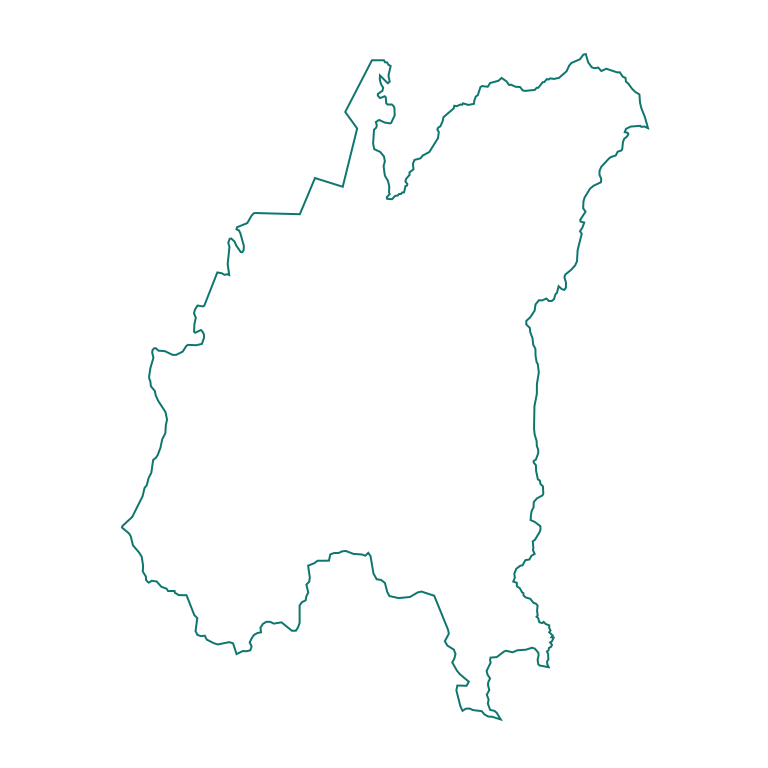 outline of Machadinho D'Oeste, Rondônia, Brazil, rotated 181°
{"feature_id": "56859067B12494646191550", "entity_name": "Machadinho D'Oeste", "entity_type": "district", "adm_level": 2, "iso_a3": "BRA", "parent_name": "Brazil", "parent_adm1": "Rondônia", "projection": "robinson", "projection_center": [-62.078, -9.19], "detail": "fine", "context": "isolated", "style": "outline", "palette": "teal", "viewbox_px": 768, "rotation_deg": 181, "n_neighbors": 0, "source": "geoboundaries", "source_scale": "gbopen_adm2", "svg_char_len": 6138}
<svg xmlns="http://www.w3.org/2000/svg" viewBox="0 0 768 768"><g transform="rotate(181 384 384)"><path d="M188.0,717.4L190.4,716.8L193.8,712.1L202.3,708.2L204.4,705.6L206.9,699.9L214.4,693.1L219.5,692.0L223.1,692.5L224.8,691.3L226.5,691.7L229.1,688.6L230.6,688.5L234.9,682.9L236.6,682.8L238.3,680.7L248.1,679.5L250.5,680.0L253.1,683.3L257.7,683.5L262.3,685.5L264.1,685.1L266.8,688.7L271.8,692.1L274.8,689.2L283.1,686.8L285.5,683.0L291.2,683.6L292.8,682.5L295.2,674.5L297.2,673.0L298.6,669.2L298.9,665.7L304.5,664.5L309.9,666.0L310.6,664.6L312.3,664.8L316.0,663.1L318.6,663.4L319.1,660.8L329.2,651.8L329.8,648.2L332.1,642.6L334.3,641.3L335.1,639.3L333.6,636.9L334.3,630.8L342.7,616.8L349.3,613.1L351.4,610.3L357.4,608.6L358.9,604.7L358.3,599.1L362.2,596.1L362.1,593.5L365.3,589.8L366.2,586.9L364.1,584.3L364.5,582.8L366.0,582.2L367.3,575.9L369.2,575.8L370.3,574.3L372.4,574.2L373.5,572.7L376.1,572.3L379.2,568.9L384.1,569.2L384.5,570.8L381.6,574.0L382.3,575.7L382.2,581.5L383.5,586.9L386.7,592.3L387.2,594.9L388.2,602.1L387.0,606.5L388.0,611.5L391.9,616.0L397.8,618.6L399.1,624.1L398.4,638.1L396.2,640.2L395.7,642.5L396.7,645.8L393.5,647.9L387.7,645.4L382.8,644.7L381.4,645.2L378.0,652.8L378.4,660.3L379.5,662.3L381.1,663.6L385.3,663.5L386.7,664.8L387.2,670.6L388.3,671.7L392.9,669.8L395.2,672.2L395.2,673.9L390.7,677.1L390.0,680.2L392.2,683.7L393.5,688.2L393.4,692.4L385.5,684.8L383.6,686.3L384.9,692.5L382.9,702.1L385.2,703.3L386.6,705.6L388.6,705.7L389.7,707.7L401.7,707.5L427.5,655.3L415.3,639.0L428.7,580.5L456.6,588.7L471.1,552.3L516.0,552.7L517.4,552.3L519.5,549.8L523.5,542.5L533.6,538.2L534.2,536.1L531.8,535.1L530.4,532.6L526.5,519.6L526.7,515.3L528.0,513.3L529.5,513.4L534.1,519.8L535.9,523.8L539.3,526.8L540.8,526.5L542.2,522.4L540.9,518.4L542.4,501.2L540.7,490.3L542.5,491.0L545.4,490.4L548.4,492.0L552.6,492.6L565.1,459.1L566.5,458.4L571.8,459.2L574.3,455.2L575.2,451.4L573.3,446.9L574.6,440.6L574.8,432.8L573.6,432.0L568.0,434.8L565.9,432.6L564.9,430.2L564.8,426.9L566.8,420.9L572.4,419.5L580.8,419.7L582.5,418.3L585.8,412.9L592.3,409.5L595.8,409.4L603.6,413.0L610.1,413.4L612.8,415.8L614.4,415.7L615.9,414.1L616.4,411.8L615.0,406.2L617.8,396.0L619.0,387.2L618.7,384.8L617.7,382.9L617.0,377.6L613.0,373.0L612.0,368.5L609.7,363.6L602.0,352.1L600.3,344.6L601.4,339.2L601.8,330.9L604.8,324.8L606.3,316.7L608.9,309.3L610.7,306.3L613.5,304.0L615.1,291.2L617.6,286.2L619.5,278.5L621.6,275.9L623.4,267.6L633.4,246.7L643.1,237.4L643.5,235.9L636.3,230.1L634.6,227.4L632.2,218.3L626.0,211.3L623.3,207.2L621.7,198.3L621.9,192.3L618.7,187.2L618.5,184.0L617.2,182.4L615.7,181.3L612.7,183.2L607.9,182.6L603.1,177.4L597.9,175.6L596.3,173.2L589.8,173.4L589.4,171.6L585.4,169.3L577.8,169.4L569.6,149.6L566.6,146.7L568.1,133.7L566.2,129.9L562.6,128.7L558.8,129.2L556.7,125.3L549.5,121.8L545.6,120.7L534.2,123.2L530.4,122.1L526.7,111.4L520.6,114.5L516.8,114.4L513.0,115.4L511.8,119.4L513.8,123.3L511.8,127.5L509.6,130.9L506.2,132.8L502.6,133.6L503.3,138.2L500.9,142.0L497.4,144.2L493.6,144.2L490.0,142.5L482.3,143.9L471.8,135.7L467.8,135.8L465.6,139.4L464.2,143.7L464.5,161.1L462.3,164.4L458.6,166.3L457.9,170.5L456.1,174.2L458.1,182.1L455.3,185.0L454.8,189.3L456.7,201.0L450.4,203.7L447.4,206.1L436.0,206.4L434.7,212.7L430.8,214.2L426.5,214.2L423.1,215.9L419.3,216.4L411.6,213.6L403.4,213.2L399.7,212.0L396.8,214.9L394.5,211.7L391.2,194.3L387.9,188.6L383.6,188.1L379.6,185.1L377.1,176.1L374.9,172.1L365.6,170.2L354.3,171.5L346.7,176.2L342.9,177.1L330.1,173.2L315.7,139.5L314.8,135.5L318.7,127.9L316.1,123.6L309.6,119.7L307.8,115.3L308.9,110.6L310.9,106.8L306.1,98.7L303.1,95.2L294.0,87.8L296.2,83.7L305.4,83.8L306.3,79.0L302.0,63.1L299.8,58.6L296.5,60.8L292.7,61.0L289.2,59.5L280.6,58.6L277.7,55.3L273.8,53.3L270.1,53.2L261.4,50.6L265.5,57.1L267.8,59.1L272.2,60.0L274.6,66.2L273.9,70.4L275.8,75.1L273.4,79.8L274.8,84.9L274.6,87.6L272.8,91.4L275.4,95.2L276.4,98.9L272.5,107.3L273.2,109.9L272.7,112.3L266.5,112.9L259.2,118.7L257.3,119.4L250.8,118.0L245.9,120.1L237.5,120.8L231.3,122.9L228.5,122.0L225.0,118.0L224.7,115.4L225.6,110.9L224.9,106.6L223.6,105.3L214.4,103.7L215.8,106.6L216.1,109.5L214.9,111.3L215.2,117.0L216.4,119.4L214.9,120.5L214.4,123.0L212.2,124.3L211.5,126.3L213.4,128.5L211.6,129.7L209.9,133.4L212.2,133.7L210.9,135.4L214.5,138.7L213.2,140.5L214.5,142.7L214.6,145.6L218.1,146.8L220.2,148.9L221.5,147.7L224.5,148.5L225.8,152.7L227.4,153.9L226.3,155.2L227.0,160.0L226.6,165.2L228.4,167.1L230.7,167.8L234.0,171.8L238.7,173.1L240.8,175.0L241.0,177.4L242.3,178.1L244.6,182.1L247.6,184.1L247.8,187.6L251.3,188.7L249.8,192.6L250.4,196.6L248.5,201.6L244.7,204.6L242.3,205.2L239.6,210.3L235.6,211.1L233.6,214.8L230.4,216.8L232.2,220.5L231.8,222.7L232.5,229.3L230.4,230.8L225.8,238.7L225.0,241.4L225.2,244.6L231.0,248.8L235.0,250.5L234.8,255.7L234.1,259.8L232.3,263.3L232.2,268.6L229.1,272.3L223.6,275.4L222.8,277.2L223.3,284.4L225.8,286.8L226.6,290.3L228.5,291.3L230.4,299.8L230.7,305.4L232.9,308.0L233.1,309.5L230.8,311.1L228.6,317.5L228.7,321.1L230.1,324.7L230.4,329.6L232.5,336.2L233.2,341.8L233.2,364.4L231.0,376.8L231.1,386.8L229.4,398.2L230.6,406.6L231.8,408.5L233.0,415.2L233.2,421.7L235.5,426.0L236.3,432.3L238.7,438.5L239.2,442.6L242.8,446.1L242.8,449.6L239.0,453.2L234.7,459.9L233.9,466.2L230.5,470.5L227.4,470.3L223.1,472.3L220.7,469.9L217.6,470.0L215.5,471.9L214.1,476.7L212.7,478.2L211.1,484.8L207.9,482.0L205.4,481.2L203.8,483.4L203.8,488.5L205.5,493.9L204.6,496.7L199.1,501.2L195.0,505.9L193.2,510.0L192.7,521.5L188.9,537.6L190.7,540.2L188.4,543.7L186.6,548.9L190.3,549.8L190.7,551.5L185.5,559.8L187.9,563.1L187.8,569.8L186.7,573.9L181.4,582.9L177.9,585.9L170.6,589.5L170.4,592.9L172.2,596.9L172.2,601.0L170.5,605.0L163.0,613.4L161.1,614.9L156.3,616.5L154.4,620.4L150.7,621.6L149.9,623.1L149.3,630.1L148.1,633.4L145.4,635.6L144.0,638.0L144.7,639.4L147.7,640.0L146.5,643.3L141.9,645.7L132.3,646.6L131.2,645.6L128.1,646.0L124.5,644.4L127.8,655.4L131.5,664.3L132.9,669.6L133.7,678.0L138.0,680.5L141.3,683.7L145.0,688.7L147.3,690.4L147.9,694.3L150.7,695.5L153.7,699.8L156.1,699.6L167.3,703.1L172.1,700.7L175.3,704.1L179.2,703.4L181.8,704.3L185.5,709.2L188.0,717.4Z" fill="none" stroke="#0f766e" stroke-width="2"/></g></svg>